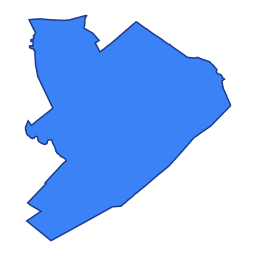 Crevedia, Dâmbovita, Romania (Mercator projection)
{"feature_id": "2599482B81123677964988", "entity_name": "Crevedia", "entity_type": "district", "adm_level": 2, "iso_a3": "ROU", "parent_name": "Romania", "parent_adm1": "Dâmbovita", "projection": "mercator", "projection_center": [25.909, 44.603], "detail": "fine", "context": "isolated", "style": "filled", "palette": "blue", "viewbox_px": 256, "rotation_deg": 0, "n_neighbors": 0, "source": "geoboundaries", "source_scale": "gbopen_adm2", "svg_char_len": 5269}
<svg xmlns="http://www.w3.org/2000/svg" viewBox="0 0 256 256"><path d="M230.5,105.4L230.3,104.6L229.5,102.6L227.9,99.2L227.1,97.7L226.9,96.9L226.9,96.6L226.8,96.2L225.8,94.1L225.0,92.3L224.1,90.4L223.2,88.3L222.9,88.0L223.1,87.5L223.0,86.9L223.0,86.7L223.0,86.4L222.7,86.0L222.6,85.9L222.6,85.7L222.1,81.5L222.1,80.7L224.5,79.2L224.1,78.7L223.1,78.3L222.3,77.2L221.9,75.9L220.9,74.7L219.6,74.3L217.7,73.5L216.3,72.4L216.2,71.8L216.8,70.6L216.9,69.6L216.5,69.0L215.1,67.8L214.8,67.2L214.2,66.3L213.3,65.4L211.3,63.6L209.6,61.7L202.8,59.5L198.4,57.8L198.1,57.4L195.9,57.7L194.2,58.1L187.4,57.3L186.3,56.6L184.1,54.9L170.8,45.7L170.2,44.7L168.7,44.3L166.7,43.1L161.6,39.3L157.5,36.5L157.3,36.5L154.4,34.6L152.5,33.3L150.3,31.7L148.0,30.1L147.0,29.4L147.1,29.2L145.3,28.3L142.0,25.9L138.0,23.0L138.0,22.9L137.9,22.9L137.5,22.6L137.2,22.4L136.8,22.2L136.5,22.0L136.1,21.9L135.9,22.0L135.6,22.2L135.4,22.5L134.5,23.2L133.9,23.8L133.5,24.1L133.2,24.3L132.9,24.4L132.7,24.7L132.4,25.0L131.5,25.7L130.9,26.2L130.1,26.9L129.0,28.0L128.7,28.2L127.9,29.0L127.6,29.1L127.4,29.3L127.2,29.5L126.0,30.3L125.8,30.5L125.7,30.7L125.3,31.0L125.0,31.3L123.9,32.4L123.4,32.6L123.2,32.8L122.9,33.1L122.7,33.4L122.5,33.6L121.9,34.1L121.6,34.3L121.3,34.5L121.0,34.8L120.8,35.0L120.6,35.2L120.3,35.4L120.0,35.6L119.4,36.1L118.6,36.9L118.2,37.2L118.0,37.4L117.9,37.7L117.8,37.8L117.4,38.1L117.1,38.3L116.9,38.4L116.6,38.6L116.3,38.9L116.1,39.1L115.9,39.4L115.6,39.5L115.4,39.6L113.5,41.3L112.8,41.9L111.4,43.1L110.9,43.4L110.7,43.6L110.6,43.8L110.0,44.3L109.0,44.9L107.7,45.8L106.8,46.6L105.7,47.5L104.9,48.1L104.1,48.9L102.9,49.6L102.0,50.2L101.7,50.6L101.3,50.8L100.3,51.6L99.9,51.9L99.8,52.0L99.5,51.0L97.9,48.0L97.8,47.6L97.5,47.0L96.9,46.2L96.7,45.7L96.3,45.1L96.2,44.7L95.5,43.2L95.3,43.1L95.1,43.0L99.1,40.5L98.7,39.9L93.3,33.8L92.9,33.3L90.9,32.1L89.2,31.1L85.8,29.1L84.2,28.6L84.1,28.2L84.0,27.3L84.2,26.5L84.6,25.5L84.8,23.4L84.9,19.0L85.9,16.8L86.3,16.3L86.7,15.6L86.6,15.4L84.2,15.9L78.0,17.6L71.9,19.2L68.2,20.2L67.7,20.1L67.0,20.1L65.6,20.2L65.2,20.3L64.9,20.4L61.4,20.3L50.5,19.8L48.0,19.6L44.8,19.3L43.1,19.1L42.2,18.9L41.7,19.0L41.4,18.9L40.1,19.0L39.2,19.2L38.8,19.2L38.6,18.9L36.8,19.0L35.0,19.2L33.8,19.3L33.2,19.3L29.3,19.7L29.1,19.7L32.5,26.8L33.0,27.8L33.7,29.3L34.4,30.5L35.1,32.0L35.5,32.4L35.4,32.6L35.5,33.0L35.3,33.4L35.0,33.9L34.5,34.5L34.3,35.2L33.5,35.5L33.4,35.6L33.5,36.6L33.7,37.2L33.9,37.5L34.2,37.7L34.2,37.8L34.1,38.0L33.7,38.2L33.4,38.4L33.0,38.8L32.9,39.1L32.8,39.3L32.8,39.6L33.0,39.7L33.1,39.9L33.1,40.0L32.8,40.0L32.4,39.7L31.7,39.5L31.2,39.6L30.7,40.1L30.7,40.4L30.7,40.7L31.0,41.2L31.3,41.5L31.5,41.7L32.5,41.6L32.8,41.8L33.1,42.0L33.3,42.2L33.2,43.2L33.1,44.0L32.8,44.7L32.7,45.0L32.8,45.5L33.0,45.8L33.1,46.1L32.9,46.3L32.4,46.4L31.9,46.2L31.0,45.7L30.7,45.7L29.8,45.8L29.6,46.0L29.4,46.3L29.4,46.5L29.5,46.9L29.6,47.2L30.2,48.0L30.7,48.2L31.8,48.6L33.5,48.9L33.9,49.2L33.9,49.7L33.8,50.1L33.9,50.3L34.7,50.5L34.8,50.6L35.0,55.7L35.4,60.9L35.5,61.6L35.5,62.1L35.4,63.3L35.5,64.0L35.6,65.3L35.9,66.5L36.0,66.7L36.0,66.9L36.1,67.2L36.1,67.5L36.4,68.6L36.4,69.1L36.8,71.1L37.1,72.0L37.1,72.5L37.3,73.4L37.4,73.9L37.3,74.1L37.4,74.4L37.5,74.6L37.7,76.4L42.3,86.1L45.3,92.3L47.0,95.9L47.4,96.5L47.5,96.8L48.9,99.8L49.6,101.4L51.4,105.1L52.7,107.7L52.7,107.9L52.7,108.0L52.6,108.4L52.4,108.6L50.6,110.0L48.5,111.8L46.6,113.2L36.9,120.8L36.7,121.0L35.5,122.0L35.3,122.2L33.9,123.4L31.9,124.9L31.5,125.3L31.0,124.8L29.5,122.6L28.1,120.8L27.9,121.2L27.7,122.0L26.4,125.0L25.9,126.1L25.6,126.8L25.5,127.5L25.5,128.5L25.6,130.4L25.8,130.5L26.1,130.9L26.3,131.3L26.3,131.7L26.3,132.5L26.4,133.0L26.5,133.5L27.7,135.3L28.1,135.6L28.7,135.8L29.5,136.5L30.0,136.8L30.2,137.1L30.6,137.5L30.7,137.8L31.2,138.1L31.6,138.3L32.0,138.4L32.2,138.5L32.4,138.5L32.9,138.5L33.5,138.4L34.0,138.2L34.4,137.5L34.5,137.3L34.7,137.1L35.0,137.0L35.3,136.9L35.7,136.6L36.2,136.3L36.3,136.3L36.9,136.6L37.2,136.7L37.4,137.1L37.5,137.2L37.6,137.7L37.6,138.0L37.6,138.3L37.7,139.2L38.0,140.1L38.7,141.4L38.7,141.5L38.9,141.6L39.1,141.7L39.3,141.8L41.1,143.0L44.3,144.4L46.2,144.0L47.2,143.0L47.3,141.5L47.8,140.5L49.0,140.0L51.4,139.8L51.7,139.9L52.0,140.5L52.3,141.9L52.7,143.3L54.3,146.0L55.2,147.8L55.9,151.2L56.9,152.5L57.4,153.5L59.3,154.5L60.4,156.0L61.5,156.9L64.7,158.3L66.1,160.5L66.2,160.8L66.1,161.1L65.2,161.6L62.9,163.6L62.3,164.2L60.6,166.0L60.1,166.6L59.1,167.7L57.8,169.2L57.0,170.0L53.3,174.0L52.6,174.7L52.4,174.9L49.0,178.7L48.5,179.1L46.9,180.9L45.0,183.0L45.9,183.8L29.0,201.5L28.0,202.5L27.7,202.9L30.3,205.0L30.5,205.1L39.5,210.4L39.8,210.5L40.1,210.7L40.5,211.0L41.0,211.3L38.8,212.7L37.2,213.8L35.5,215.0L35.4,215.0L32.8,216.8L32.7,216.8L32.5,217.0L30.0,218.7L28.8,219.5L28.5,219.7L28.3,219.8L28.0,220.0L27.9,220.0L27.7,220.2L27.5,220.3L27.0,220.7L26.8,220.8L26.7,221.0L27.0,221.1L30.9,224.3L31.9,225.1L32.0,225.2L32.3,225.5L32.8,225.9L33.0,226.0L35.7,228.2L36.2,228.6L39.0,230.9L50.9,240.6L51.5,240.4L83.6,222.8L90.3,219.1L107.8,209.4L112.5,206.8L120.9,206.2L126.6,201.5L127.1,200.9L127.8,200.0L128.0,200.1L133.0,196.0L134.7,194.3L137.7,192.1L138.8,191.1L145.7,185.5L158.3,174.6L161.6,172.1L169.0,165.9L181.4,152.2L194.4,137.2L196.8,135.9L199.3,133.9L210.5,126.2L224.8,111.6L230.4,105.8L230.5,105.4Z" fill="#3b82f6" stroke="#1e3a8a" stroke-width="1.5"/></svg>